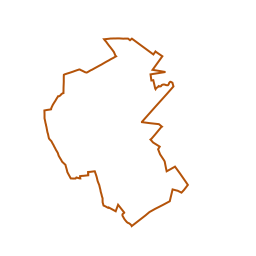 Pilu, Arad, Romania, rotated 313°
{"feature_id": "2599482B37446473597152", "entity_name": "Pilu", "entity_type": "district", "adm_level": 2, "iso_a3": "ROU", "parent_name": "Romania", "parent_adm1": "Arad", "projection": "mercator", "projection_center": [21.361, 46.586], "detail": "fine", "context": "isolated", "style": "outline", "palette": "amber", "viewbox_px": 256, "rotation_deg": 313, "n_neighbors": 0, "source": "geoboundaries", "source_scale": "gbopen_adm2", "svg_char_len": 3289}
<svg xmlns="http://www.w3.org/2000/svg" viewBox="0 0 256 256"><g transform="rotate(313 128 128)"><path d="M131.8,188.7L130.7,188.4L128.9,187.8L127.2,187.3L122.7,185.8L124.8,182.8L126.9,179.9L128.5,177.7L128.9,176.6L130.6,169.5L131.4,167.8L133.0,164.5L135.6,164.0L136.0,163.9L134.5,156.2L134.7,154.3L134.9,152.3L136.1,152.5L141.3,152.3L146.3,152.0L151.3,151.7L152.1,151.9L151.9,148.0L146.6,140.9L141.8,134.2L142.0,134.0L162.4,133.5L179.7,133.2L189.4,132.9L191.4,129.6L190.9,127.7L190.6,127.4L190.2,127.3L188.9,127.4L187.8,127.9L187.4,128.0L186.5,128.0L186.0,127.5L185.4,126.7L184.7,125.1L184.3,124.6L183.8,124.1L182.9,123.6L182.3,123.4L181.4,123.6L180.8,123.5L180.6,123.3L180.4,123.2L180.0,122.9L179.7,121.9L179.4,121.9L179.1,121.8L178.6,121.9L178.2,121.9L177.5,121.7L176.7,121.5L176.3,121.5L175.9,121.5L175.2,121.7L175.3,121.3L175.7,120.5L177.6,117.8L180.2,113.9L178.7,112.7L179.0,112.3L182.6,107.9L194.5,117.2L187.3,106.3L203.9,104.2L202.9,97.7L202.7,96.1L202.7,95.9L202.2,96.0L199.1,96.4L197.2,80.3L196.0,69.9L193.6,69.6L193.4,67.0L191.8,65.3L190.1,63.6L187.4,60.3L181.6,54.3L179.8,52.8L176.8,50.2L176.6,50.0L176.4,51.0L176.2,53.1L175.7,55.6L175.3,57.8L175.0,60.0L174.6,62.4L174.2,64.6L173.9,66.0L173.7,66.4L173.0,68.0L172.4,69.3L172.3,70.4L171.5,70.1L169.1,69.4L166.6,68.5L164.2,67.8L161.9,67.0L160.3,66.5L158.6,66.0L158.3,65.9L156.2,65.3L155.1,64.9L152.4,64.0L149.7,63.1L146.9,62.2L145.7,61.8L145.1,61.5L144.2,61.2L143.5,61.0L140.8,60.2L140.5,60.0L140.3,59.9L140.2,59.7L139.6,58.7L138.8,55.9L137.9,53.1L137.9,52.8L137.6,52.6L137.4,52.3L136.9,52.1L135.7,51.4L133.4,50.2L131.8,49.4L130.7,48.8L128.3,47.5L126.4,46.4L124.2,45.2L123.2,44.8L122.2,45.6L119.8,47.8L118.0,49.5L115.8,51.4L113.6,53.3L111.6,55.1L109.5,57.0L108.7,56.5L108.1,56.4L107.5,56.2L107.1,56.2L106.6,56.2L106.2,56.3L105.2,56.2L104.4,55.9L104.2,55.9L103.8,55.5L103.5,55.2L102.8,55.4L100.6,55.8L98.5,56.3L96.2,56.7L93.7,57.2L91.5,57.9L90.1,58.4L89.2,59.0L89.0,58.9L86.0,56.5L83.8,54.9L83.3,55.4L82.9,55.8L81.3,57.4L79.7,58.9L78.1,60.4L76.9,62.2L75.5,64.1L74.3,66.0L74.0,66.3L73.1,67.7L72.2,68.9L71.4,70.0L70.0,71.9L68.9,73.8L67.6,75.6L66.4,77.4L66.2,79.1L66.1,81.0L65.3,83.2L64.7,85.2L64.1,86.7L63.6,88.3L62.8,90.4L62.7,90.9L61.9,93.6L60.5,96.1L60.4,96.3L59.7,98.6L59.1,100.8L58.4,102.8L58.4,105.1L58.4,107.4L57.4,108.9L56.4,110.6L55.4,112.2L54.4,113.7L53.8,115.4L53.2,117.2L52.7,118.7L52.1,120.5L53.0,121.6L54.0,122.8L55.3,124.1L56.6,124.0L58.1,126.9L58.6,127.5L59.5,126.4L60.1,125.8L61.6,127.0L62.8,128.2L63.2,128.5L64.7,129.8L66.3,131.2L67.3,130.3L67.1,130.2L68.6,128.8L70.3,130.4L72.0,131.8L73.1,132.7L73.4,132.9L73.7,133.3L73.3,133.9L72.1,136.2L71.1,138.0L70.1,139.6L68.6,141.8L67.6,143.8L66.7,145.8L65.3,147.9L64.0,149.9L62.8,151.5L62.6,151.8L61.3,154.0L60.2,155.6L59.3,157.3L57.7,158.8L56.3,160.2L55.4,161.7L54.6,163.0L55.3,165.0L55.8,167.0L56.1,168.0L56.7,168.0L58.7,175.8L65.1,173.1L63.6,182.8L63.5,183.0L61.3,182.8L60.7,183.1L60.1,183.8L59.5,185.7L58.9,187.6L58.6,189.6L58.4,191.3L58.6,192.8L59.1,194.0L59.2,195.7L59.1,196.8L59.0,197.2L58.8,197.6L72.9,199.9L76.0,200.4L81.1,201.0L87.4,203.0L91.7,204.6L93.1,205.1L95.3,205.9L102.9,208.5L113.5,202.5L115.3,205.9L116.0,207.1L117.2,211.2L120.8,211.2L127.2,210.6L127.9,207.6L130.2,197.0L131.5,190.3L131.8,188.7Z" fill="none" stroke="#b45309" stroke-width="2"/></g></svg>